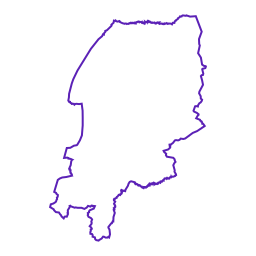 Phaisali, Nakhon Sawan, Thailand
{"feature_id": "78962969B15796464090467", "entity_name": "Phaisali", "entity_type": "district", "adm_level": 2, "iso_a3": "THA", "parent_name": "Thailand", "parent_adm1": "Nakhon Sawan", "projection": "mercator", "projection_center": [100.69, 15.558], "detail": "fine", "context": "isolated", "style": "outline", "palette": "violet", "viewbox_px": 256, "rotation_deg": 0, "n_neighbors": 0, "source": "geoboundaries", "source_scale": "gbopen_adm2", "svg_char_len": 5825}
<svg xmlns="http://www.w3.org/2000/svg" viewBox="0 0 256 256"><path d="M195.8,16.2L190.1,16.6L186.4,15.4L185.9,15.8L182.9,15.4L182.0,15.8L181.6,16.5L180.0,16.4L179.7,17.2L177.9,18.3L177.8,19.1L176.1,20.1L176.0,20.6L175.3,20.8L174.7,21.6L174.4,22.9L172.8,22.8L172.0,24.3L171.4,23.8L169.9,23.5L168.0,23.8L168.0,23.5L167.1,23.5L166.7,23.1L165.9,23.6L165.0,23.4L164.8,23.9L164.2,24.1L163.9,23.8L163.6,24.1L163.0,23.8L162.4,24.0L161.9,23.5L160.8,23.7L160.3,23.4L159.5,23.9L158.8,23.4L158.9,23.0L158.0,22.9L158.3,22.6L157.8,22.7L157.6,22.4L156.9,22.6L156.3,23.4L155.7,23.2L155.3,23.5L155.0,23.2L154.9,23.5L154.8,22.9L154.2,22.8L154.2,22.6L152.9,22.9L152.5,22.5L151.8,22.5L152.0,22.8L151.7,22.9L151.0,22.7L150.9,22.3L150.2,22.2L150.1,21.9L149.7,22.0L149.5,21.6L149.1,21.7L148.8,21.3L148.5,21.7L148.2,21.3L148.0,21.5L147.8,21.3L147.6,21.9L147.4,21.4L146.9,22.0L146.5,21.9L145.9,22.4L145.4,22.0L145.5,22.4L144.5,22.5L144.5,23.1L144.2,22.9L144.1,23.2L143.7,22.7L143.4,23.1L142.9,22.7L142.5,22.9L142.3,22.5L141.9,22.6L141.8,21.9L141.3,22.2L139.4,21.7L139.1,22.2L138.3,21.5L136.4,22.2L136.6,22.5L135.8,23.1L135.6,23.0L135.6,23.3L134.8,22.9L134.7,23.2L134.3,23.0L134.0,23.3L133.4,23.0L132.4,23.2L132.4,22.8L130.7,23.2L130.6,22.9L130.2,23.2L129.3,23.1L128.7,23.9L127.2,23.8L126.8,24.0L126.1,23.5L125.1,23.5L124.7,23.8L122.5,23.2L119.9,22.0L119.9,21.5L119.3,21.0L117.8,21.6L116.4,21.3L115.8,20.7L115.7,21.0L113.9,20.6L113.6,22.7L111.4,24.7L111.6,25.5L111.4,25.9L107.0,30.2L105.3,30.9L105.4,31.7L104.1,33.2L103.9,34.6L103.0,34.3L102.1,36.2L98.5,39.2L90.9,48.8L77.5,70.5L73.3,79.2L71.8,83.4L69.1,93.8L68.9,97.5L68.3,100.5L68.8,101.4L69.5,101.6L69.5,102.0L70.0,102.0L70.0,102.4L70.8,103.1L71.6,103.2L71.8,103.9L73.8,103.8L74.4,104.7L75.2,104.0L76.4,103.8L79.1,104.1L81.7,103.7L82.6,110.7L82.7,117.9L82.7,125.4L81.9,135.4L79.9,140.3L77.3,144.7L76.7,145.2L73.9,145.7L70.3,147.8L66.8,148.0L64.1,157.9L67.3,157.6L68.4,158.0L68.4,158.6L70.6,158.9L72.3,159.7L71.8,160.0L71.2,161.5L70.7,165.2L69.7,167.3L69.7,168.1L69.2,168.5L69.3,169.1L69.7,169.2L69.5,169.7L70.0,170.0L69.9,170.3L70.2,170.0L70.6,170.2L70.2,171.9L70.8,172.4L70.7,173.4L71.6,174.0L71.9,174.8L71.5,175.3L71.8,175.7L66.3,177.0L62.2,177.5L59.8,178.5L57.8,179.9L54.2,191.9L56.1,192.9L56.5,193.9L57.9,195.0L57.7,196.8L56.9,197.6L57.1,199.1L56.6,199.7L56.0,201.6L55.4,202.2L53.4,203.5L50.8,204.3L50.1,207.1L53.7,209.3L54.1,210.3L55.9,212.1L59.0,212.5L60.1,214.3L61.1,215.3L61.5,216.4L63.7,218.4L64.6,216.7L65.1,216.5L66.8,216.7L67.9,214.2L67.7,213.8L68.0,213.1L67.6,212.7L67.9,211.9L67.8,210.2L69.9,206.8L69.6,206.0L70.3,205.7L71.0,206.4L74.7,207.7L75.6,207.4L77.6,207.8L81.5,207.8L84.4,208.9L86.7,207.6L88.0,205.9L90.5,206.6L91.3,205.7L91.9,205.5L92.7,206.2L93.6,205.9L94.9,206.1L93.8,208.6L89.7,210.3L89.0,211.4L89.1,212.3L87.8,213.0L88.1,214.4L87.7,215.1L88.5,216.8L91.0,218.1L92.1,219.4L91.3,221.7L91.7,222.8L91.5,223.9L89.7,226.2L91.2,227.5L91.8,228.7L91.6,229.2L90.7,229.5L90.8,230.9L90.3,232.1L90.4,233.8L92.0,234.0L92.7,235.1L92.6,236.7L94.9,237.4L95.2,239.2L96.2,240.1L98.6,240.6L99.0,240.1L101.7,238.5L103.0,236.7L103.9,236.7L105.6,237.6L107.4,237.6L108.2,236.9L109.1,237.5L110.0,234.3L109.5,229.6L108.4,227.7L108.4,227.0L110.7,224.0L111.7,222.9L112.0,223.0L112.7,221.3L113.3,221.4L113.5,217.0L114.8,212.9L113.7,209.9L113.7,209.5L114.4,209.4L114.0,208.1L114.4,208.1L115.2,207.0L114.9,206.6L115.3,206.0L115.0,205.1L114.6,204.9L114.0,203.8L115.2,201.6L114.1,200.6L114.4,199.8L113.9,199.7L113.9,199.3L114.4,198.7L115.3,198.6L116.1,197.9L116.6,197.9L116.8,196.9L117.6,196.5L118.6,195.0L118.9,195.1L119.4,194.6L120.2,195.0L120.7,194.1L121.3,193.9L121.3,193.3L121.8,193.1L122.0,192.2L121.3,191.6L121.4,190.8L121.1,190.3L121.4,189.9L123.8,191.0L124.1,190.7L125.2,191.1L125.5,189.7L127.9,185.8L128.6,183.6L129.7,181.9L131.1,181.3L134.6,182.2L135.1,182.5L135.1,183.4L135.4,183.5L135.1,183.6L135.5,184.2L136.0,184.0L137.7,184.7L138.2,185.5L138.6,185.6L139.0,185.0L139.8,185.2L140.6,186.4L141.7,186.5L142.0,187.4L142.7,187.7L143.0,187.4L143.2,187.7L143.5,187.5L143.8,187.9L144.1,187.4L144.7,187.4L144.6,187.0L145.1,187.0L145.9,187.6L146.4,186.9L147.1,186.9L147.6,186.3L147.5,186.0L148.5,185.8L148.2,185.6L148.7,185.1L148.4,184.8L148.9,184.3L148.9,184.7L149.4,184.7L149.2,184.4L149.6,184.2L149.6,183.8L151.0,183.9L150.8,183.6L151.7,183.4L151.7,184.3L152.8,184.4L153.1,183.9L152.5,183.7L152.7,183.2L153.7,182.6L155.2,183.5L155.1,183.9L155.6,183.5L156.2,183.6L156.3,184.0L157.1,183.7L157.6,184.0L158.0,183.7L157.7,183.2L158.3,182.6L159.6,182.3L160.0,182.6L160.3,181.9L160.6,182.3L161.0,181.6L161.9,181.7L162.2,180.9L162.8,180.8L162.9,180.4L163.5,180.5L163.4,180.1L164.4,179.2L164.4,178.6L165.0,178.3L166.3,178.5L166.7,178.1L166.9,178.7L167.6,178.1L168.0,178.2L167.9,178.6L169.3,178.6L169.7,177.6L170.3,177.1L170.9,177.2L171.1,176.6L171.4,177.2L172.3,176.6L173.3,176.7L175.1,176.0L175.1,175.6L176.1,175.1L176.0,174.3L174.5,171.7L174.7,170.3L173.3,165.2L174.4,163.0L175.5,161.9L174.8,160.6L174.6,159.3L173.3,157.8L166.9,156.7L165.9,155.1L166.2,153.8L164.0,151.8L163.6,150.8L168.1,149.5L169.9,147.9L170.2,147.4L169.8,146.6L170.3,146.0L169.5,145.1L169.5,144.6L171.0,144.4L173.0,142.9L174.9,140.4L176.0,140.1L178.1,140.4L179.6,139.8L180.7,138.6L183.3,139.0L185.2,138.5L192.8,132.9L197.1,131.1L204.7,126.0L203.3,124.0L202.2,123.7L202.3,122.8L201.7,121.6L201.2,121.6L200.9,120.9L200.2,120.6L200.0,119.8L196.2,118.3L197.8,115.5L198.5,115.0L198.6,114.3L196.9,112.9L194.1,111.6L193.5,110.8L195.1,106.3L196.1,106.1L197.9,106.5L198.1,105.2L199.3,103.3L200.7,102.4L201.8,100.8L202.1,99.7L200.8,98.6L200.7,96.2L199.1,93.3L199.4,91.6L203.0,84.8L202.1,80.3L200.9,76.1L201.6,75.2L202.9,75.0L203.3,73.7L202.2,69.2L202.6,68.8L205.3,68.1L205.9,66.6L205.7,66.2L204.0,65.9L202.1,64.6L200.9,57.6L198.1,53.2L199.8,45.5L199.2,44.0L199.0,39.1L201.7,31.7L195.8,16.2Z" fill="none" stroke="#5b21b6" stroke-width="2"/></svg>